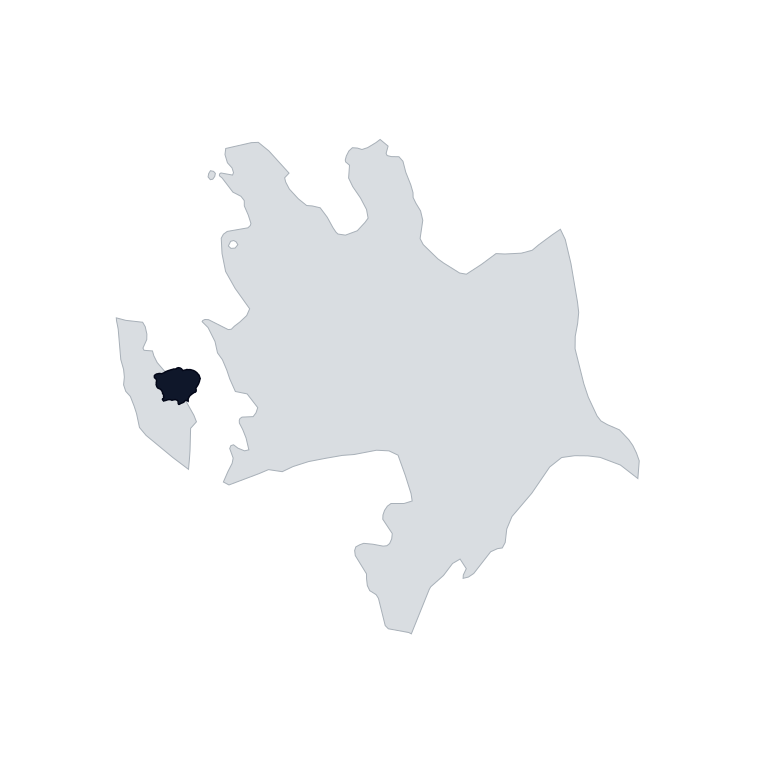 Shahbuz District, Şahbuz, Azerbaijan shown in context, rotated 26°
{"feature_id": "54616110B68105682916253", "entity_name": "Shahbuz District", "entity_type": "district", "adm_level": 2, "iso_a3": "AZE", "parent_name": "Azerbaijan", "parent_adm1": "Şahbuz", "projection": "orthographic", "projection_center": [45.639, 39.439], "detail": "fine", "context": "in_parent", "style": "filled", "palette": "ink", "viewbox_px": 768, "rotation_deg": 26, "n_neighbors": 0, "source": "geoboundaries", "source_scale": "gbopen_adm2", "svg_char_len": 4771}
<svg xmlns="http://www.w3.org/2000/svg" viewBox="0 0 768 768"><g transform="rotate(26 384 384)"><path d="M518.1,596.6L515.3,596.5L495.2,602.1L491.0,600.6L473.0,579.1L469.3,576.8L461.8,576.0L457.4,572.5L453.7,566.7L451.5,562.3L433.4,550.8L430.6,546.5L430.1,542.7L432.7,539.1L435.6,536.1L444.2,532.9L454.3,530.1L457.5,528.1L459.0,524.9L458.8,519.8L457.0,514.8L442.2,506.1L440.5,502.2L439.9,497.4L440.6,492.3L442.7,488.3L454.4,482.6L460.6,476.8L456.4,470.7L443.3,456.9L427.8,441.8L417.8,441.9L406.3,446.8L388.0,460.5L377.9,466.4L364.6,476.0L350.2,486.8L338.4,498.1L331.0,507.4L317.7,511.6L311.0,519.3L288.9,542.7L282.6,542.5L282.1,531.0L282.3,521.9L280.9,516.7L273.6,509.6L273.4,506.5L275.4,504.6L280.9,505.7L288.0,505.2L291.4,502.4L283.7,493.0L276.9,486.8L271.1,482.5L269.8,480.0L269.7,478.2L270.9,476.0L280.7,470.7L281.6,466.0L280.9,460.6L265.3,452.9L253.7,455.9L243.2,447.1L236.5,440.3L228.1,433.0L220.7,429.0L213.5,419.9L201.1,410.4L193.2,407.7L193.3,406.3L194.8,404.5L198.1,403.1L220.1,403.4L222.8,401.7L224.2,397.6L227.2,391.6L230.6,382.7L230.3,375.3L208.2,363.3L192.3,352.3L181.2,337.7L173.8,324.3L174.0,319.8L176.2,315.6L193.2,303.3L194.4,300.1L194.0,298.0L188.0,291.7L180.4,285.2L178.0,280.4L173.2,278.0L164.1,277.8L148.2,269.8L144.8,269.0L144.1,267.4L144.9,265.8L156.3,262.6L156.1,260.0L152.7,256.4L146.3,253.8L140.5,247.5L138.5,241.7L159.0,225.2L165.1,221.9L178.4,225.0L206.2,236.1L204.3,242.2L207.1,245.6L213.5,250.3L225.8,255.1L236.2,257.5L241.5,255.4L249.4,253.6L259.9,259.0L269.5,265.8L274.3,268.6L276.9,269.4L284.1,267.1L292.8,258.0L296.1,247.1L297.0,241.9L291.8,234.8L281.3,227.1L269.5,220.4L261.9,214.4L257.1,202.5L252.2,201.2L251.0,199.7L250.2,195.6L250.3,189.9L252.0,185.5L256.7,183.6L261.4,182.9L265.7,178.7L271.0,170.5L273.3,165.9L283.4,168.4L284.8,175.8L286.7,177.3L290.9,176.4L297.8,173.2L303.4,175.5L310.7,184.1L320.7,193.2L326.2,199.3L328.4,203.6L333.5,207.6L341.0,212.4L347.1,219.9L352.7,237.5L358.1,241.5L377.5,247.9L384.3,249.1L403.3,251.1L409.9,249.2L419.2,233.7L427.5,217.7L435.6,214.2L450.1,206.2L458.6,198.8L462.1,190.9L469.9,176.0L474.7,167.6L483.6,174.7L499.3,193.9L521.9,225.4L527.6,234.3L531.5,244.7L535.0,257.4L540.3,268.6L563.5,296.2L573.4,306.3L589.5,319.3L595.2,322.1L602.5,322.6L615.7,322.0L628.3,326.7L634.6,330.2L641.1,335.3L647.1,341.2L653.6,357.7L632.0,353.2L610.5,355.2L598.5,359.3L586.9,364.8L575.9,372.2L569.3,386.0L564.7,417.4L557.1,447.0L557.9,460.5L562.4,473.3L562.2,479.5L558.2,482.2L553.4,488.0L547.7,515.0L544.5,520.5L540.3,524.0L539.0,520.9L538.9,513.9L529.1,508.0L524.3,515.2L521.4,530.0L514.9,545.8L514.7,548.8L518.1,596.6ZM190.6,327.1L191.6,322.9L188.9,321.1L186.1,320.9L183.6,323.0L183.6,328.2L187.0,329.2L190.6,327.1ZM119.1,448.6L115.8,444.3L114.4,441.9L124.0,440.0L140.0,434.3L144.3,437.2L149.0,443.1L151.3,448.1L151.6,457.4L153.6,458.9L161.4,455.8L164.8,459.6L170.8,464.2L181.2,468.7L196.2,461.7L203.7,459.9L209.8,460.0L213.1,462.2L214.3,469.5L213.1,478.4L211.4,483.3L214.5,486.9L226.9,495.5L232.0,500.2L229.6,508.6L238.8,528.8L242.0,536.7L245.7,546.4L226.7,542.7L192.7,534.5L183.3,530.3L174.5,519.0L169.2,513.5L161.5,506.4L155.1,503.8L150.3,498.9L147.6,491.6L143.6,485.1L136.7,477.4L121.1,451.3L119.1,448.6ZM140.3,275.0L138.3,276.5L135.1,275.0L134.2,271.8L134.5,268.4L137.6,267.6L140.1,268.6L140.9,271.7L140.3,275.0Z" fill="#d9dde1" stroke="#a8b0b8" stroke-width="1"/><path d="M215.5,485.4L215.2,484.5L214.5,483.4L214.5,482.3L214.5,480.7L214.7,479.5L215.2,478.4L215.6,477.6L216.0,476.7L216.5,475.9L216.9,475.0L217.9,474.2L218.3,473.0L217.9,471.9L217.4,471.1L216.7,470.4L216.8,469.2L217.0,468.0L217.1,467.1L217.2,465.1L217.1,463.9L216.9,462.3L216.5,460.8L216.5,459.8L215.7,459.0L214.7,458.0L213.8,457.1L212.4,456.6L211.2,456.0L209.6,455.6L208.4,455.4L206.9,455.4L205.7,455.6L203.9,455.9L202.9,456.3L201.9,456.9L200.4,457.4L199.6,458.3L198.9,458.8L197.2,460.1L195.3,459.1L193.6,459.0L192.0,459.5L190.9,460.5L190.5,461.5L189.4,462.3L188.4,462.7L187.3,463.8L186.4,464.5L185.2,465.7L184.1,466.7L183.0,468.0L182.3,468.8L182.1,469.0L181.4,470.3L180.7,471.1L179.8,472.2L178.5,472.6L177.3,473.1L176.2,474.0L175.1,474.8L174.1,476.5L174.0,477.4L174.9,478.9L175.9,479.2L177.0,479.5L177.9,480.3L178.4,481.3L178.5,482.2L179.1,483.2L179.4,484.3L180.3,485.3L181.1,486.1L182.6,486.8L183.9,486.7L185.4,486.7L186.8,487.2L186.8,487.3L188.3,488.2L189.1,489.5L190.9,490.6L191.3,491.8L192.1,492.7L191.9,493.7L191.5,494.3L191.7,495.1L192.4,495.5L193.4,495.9L193.5,495.9L193.8,495.4L194.9,494.6L195.9,493.6L196.7,492.8L197.9,492.1L199.3,491.6L200.5,491.6L201.8,490.5L203.2,489.5L204.6,489.3L205.8,489.4L206.5,489.9L207.1,490.8L207.5,491.6L208.3,492.3L209.1,491.9L209.8,490.6L210.7,489.7L211.4,488.9L212.1,487.9L212.4,486.5L212.9,485.7L214.2,485.2L215.4,485.4L215.5,485.4Z" fill="#0f172a" stroke="#020617" stroke-width="1.5"/></g></svg>